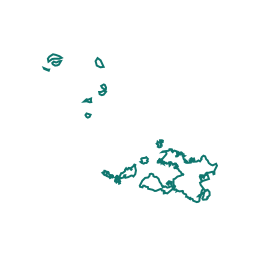 outline of Yeosu-si, South Jeolla, South Korea, rotated 110°
{"feature_id": "91817680B8944082307158", "entity_name": "Yeosu-si", "entity_type": "district", "adm_level": 2, "iso_a3": "KOR", "parent_name": "South Korea", "parent_adm1": "South Jeolla", "projection": "orthographic", "projection_center": [127.649, 34.449], "detail": "fine", "context": "isolated", "style": "outline", "palette": "teal", "viewbox_px": 256, "rotation_deg": 110, "n_neighbors": 0, "source": "geoboundaries", "source_scale": "gbopen_adm2", "svg_char_len": 5816}
<svg xmlns="http://www.w3.org/2000/svg" viewBox="0 0 256 256"><g transform="rotate(110 128 128)"><path d="M131.3,42.0L130.6,43.8L128.3,45.8L128.2,47.6L130.1,48.7L131.7,48.8L132.0,48.2L134.7,48.9L134.4,50.7L136.0,51.9L137.2,54.7L135.4,54.7L134.8,55.1L137.0,55.7L137.5,56.8L137.0,58.5L136.1,57.3L135.4,57.5L135.3,56.7L134.7,56.7L135.0,57.4L134.7,58.1L135.6,58.7L136.0,58.3L137.9,58.8L138.6,58.0L138.7,57.1L139.0,57.1L140.3,59.9L139.3,61.0L139.4,61.4L140.3,61.1L140.8,61.4L140.6,62.6L139.6,62.1L138.9,62.3L139.3,63.6L138.2,63.8L138.3,64.8L137.1,65.8L136.3,66.2L135.0,65.3L135.1,65.9L134.8,66.1L135.5,66.2L135.5,67.2L134.0,68.2L133.3,68.0L132.7,69.4L132.7,69.8L133.1,69.9L134.2,69.1L133.5,72.1L134.4,71.8L134.4,70.8L135.3,70.4L135.5,72.0L137.0,71.5L137.9,72.2L138.6,73.8L137.4,72.6L135.3,72.7L134.7,72.3L134.1,73.2L134.5,73.6L133.3,74.4L133.4,76.8L135.4,77.8L134.9,78.8L134.2,78.6L133.4,79.2L133.8,79.6L133.2,80.0L133.6,81.5L133.9,81.8L134.5,81.4L135.6,82.3L138.2,87.3L138.9,87.7L137.7,85.4L137.6,84.0L139.0,83.0L139.9,83.1L145.2,85.1L146.7,86.9L146.9,87.2L146.5,87.7L147.0,88.0L148.5,87.3L148.4,88.2L148.8,88.6L150.3,88.3L150.3,87.9L149.4,86.4L148.0,86.6L147.7,86.0L148.2,86.1L148.5,85.2L149.4,84.7L148.3,84.4L149.4,84.0L149.6,82.9L149.0,83.6L148.4,83.2L147.7,83.7L147.4,83.2L147.5,82.2L148.1,81.5L147.9,80.9L148.4,81.0L148.0,80.2L148.3,79.3L146.7,77.2L146.1,77.5L145.4,76.2L145.5,75.8L146.0,75.9L146.4,76.7L146.6,76.2L147.5,76.9L149.2,76.0L148.4,75.6L148.0,76.0L146.3,74.9L146.4,73.5L147.1,73.2L146.4,71.8L146.2,72.4L145.2,71.7L145.1,70.6L146.1,70.2L146.0,69.1L146.9,68.2L147.2,68.5L146.9,69.7L148.4,70.0L149.1,71.0L149.6,70.8L149.8,70.4L148.5,68.0L149.3,67.9L149.4,66.6L150.6,65.5L151.3,63.3L152.7,61.9L152.4,60.9L152.7,60.2L153.3,60.3L153.4,61.2L154.8,62.2L156.7,64.9L159.5,66.4L160.6,67.7L166.4,65.6L166.1,65.0L166.7,63.8L170.2,64.0L170.1,62.7L169.3,61.8L169.8,60.6L170.7,60.6L169.9,59.8L170.0,58.0L168.5,55.2L168.6,54.7L169.8,54.5L170.5,53.3L170.6,50.7L171.7,49.9L172.7,49.9L172.4,48.2L173.1,47.5L172.4,45.9L173.6,45.7L173.6,45.1L172.7,45.2L172.7,43.0L174.0,41.9L174.1,38.0L173.1,36.5L171.9,36.0L169.7,36.7L167.4,36.5L168.2,38.7L166.6,38.0L165.6,36.7L162.1,37.2L160.4,36.9L159.4,35.9L156.7,40.1L154.8,41.6L153.1,40.3L149.2,43.9L147.6,43.9L146.9,41.6L147.0,41.2L148.4,41.6L148.8,40.0L146.5,40.3L144.8,38.4L144.1,38.3L143.9,39.2L143.0,38.6L142.6,37.1L140.3,33.8L140.3,33.1L142.2,31.8L141.6,31.1L138.8,32.2L133.0,31.5L131.5,33.0L134.1,35.6L134.1,37.5L133.3,40.1L131.3,42.0ZM170.4,65.4L167.4,65.0L167.0,65.6L168.0,66.5L167.9,67.3L168.4,67.7L168.9,69.2L169.6,69.1L170.6,70.7L170.1,72.8L170.9,73.8L170.6,74.5L171.8,75.1L169.0,77.9L167.9,79.7L165.2,82.0L164.2,84.6L164.8,86.0L164.6,87.6L163.0,88.5L163.0,90.5L163.9,91.7L165.6,91.4L167.7,92.2L169.0,94.8L172.6,96.5L178.2,97.2L179.1,96.5L178.8,94.1L177.0,94.0L176.6,92.7L177.1,91.2L176.7,89.1L178.2,88.3L177.6,83.7L178.0,81.3L177.4,80.0L174.2,76.6L174.0,75.9L175.1,74.9L174.8,73.9L174.8,72.1L175.6,71.7L176.0,72.5L177.2,72.0L176.1,70.2L176.0,68.7L170.4,65.4ZM174.1,111.0L171.6,108.7L171.3,107.5L171.7,106.3L168.9,105.4L165.2,106.0L161.7,108.3L160.2,108.5L160.2,109.5L162.7,110.2L164.5,111.6L165.6,110.4L166.2,110.7L165.1,113.1L165.3,113.8L167.1,114.1L167.4,114.7L166.5,116.0L168.3,116.5L169.7,116.1L172.3,117.8L172.7,118.9L176.9,119.3L177.4,118.3L178.1,118.1L175.9,115.2L173.8,115.3L173.3,114.4L175.4,114.1L175.7,113.5L174.1,111.0ZM164.7,28.9L163.2,28.3L160.3,29.5L158.9,32.0L160.6,33.4L160.0,33.7L160.9,34.5L163.3,34.2L163.4,35.1L164.0,35.2L164.5,34.9L164.5,34.3L165.7,33.8L168.9,34.0L169.7,32.9L168.2,29.7L166.7,29.1L166.2,29.2L166.3,29.7L165.6,29.8L164.7,28.9ZM92.9,225.4L89.1,222.8L88.0,220.7L86.3,216.0L84.7,214.3L84.0,216.9L84.0,220.9L84.4,223.7L87.9,226.3L90.3,227.0L92.9,225.4ZM80.0,178.7L80.4,174.7L78.9,171.8L73.8,176.9L72.7,180.5L76.3,181.3L80.0,178.7ZM148.2,34.5L144.6,37.4L146.3,39.7L149.0,39.7L148.5,41.9L147.2,42.0L147.2,42.4L148.7,43.5L152.7,40.3L148.2,34.5ZM154.5,98.6L152.5,98.0L152.1,99.0L150.3,98.7L149.2,100.9L150.1,101.5L151.6,104.5L152.6,105.0L154.6,103.3L155.6,104.5L156.1,103.1L156.1,101.0L155.0,100.2L154.5,98.6ZM179.7,127.4L178.9,126.9L179.8,126.2L179.8,125.5L179.2,125.2L178.0,125.8L177.7,126.9L178.1,127.5L178.3,129.4L177.1,131.0L176.6,130.9L176.1,131.5L176.2,132.2L177.7,132.0L178.2,132.5L176.4,133.5L176.1,135.1L176.3,135.6L178.0,135.2L178.3,136.4L178.8,136.7L179.2,135.2L179.7,135.2L180.1,134.4L180.2,133.1L179.6,132.6L179.5,131.9L180.4,131.4L180.4,128.9L181.7,127.1L180.4,127.9L179.7,128.0L179.7,127.4ZM93.8,220.5L94.3,217.9L93.4,216.0L92.0,214.6L88.0,213.9L89.1,216.0L90.5,217.2L91.0,218.1L91.0,220.5L92.9,221.4L93.8,220.5ZM133.0,90.3L131.9,90.9L131.8,91.6L130.0,91.8L129.4,90.6L128.0,90.9L127.9,91.9L128.6,93.7L131.0,92.5L131.1,94.3L130.7,95.5L132.3,95.3L132.9,95.7L133.3,95.1L133.3,94.1L133.8,93.6L135.4,93.6L135.6,92.2L134.7,90.8L133.4,91.4L133.0,90.3ZM105.9,166.2L106.1,163.9L105.0,162.3L101.5,161.1L101.2,163.4L103.3,165.5L104.0,167.4L105.9,166.2ZM183.3,117.3L182.7,116.7L182.0,117.5L181.0,117.0L179.9,118.0L179.7,118.8L178.2,118.6L178.4,119.6L178.0,120.2L178.2,121.7L177.4,121.5L177.1,120.7L176.6,121.5L176.8,122.1L177.8,121.8L177.9,122.6L179.0,123.1L179.2,122.6L178.8,121.8L179.9,120.4L180.5,120.9L180.5,122.1L180.9,122.2L181.5,121.3L182.2,122.1L182.6,121.9L182.6,120.8L183.2,120.2L180.9,118.6L183.3,117.3ZM99.1,166.0L99.6,163.7L99.4,162.0L97.5,162.5L95.4,164.6L95.4,165.7L97.7,167.6L99.1,166.0ZM117.1,176.1L116.9,172.8L116.2,171.4L114.8,172.3L112.9,172.8L115.0,175.1L115.2,176.8L118.2,178.4L117.1,176.1ZM131.8,170.7L132.0,169.3L130.6,167.9L128.3,167.7L128.5,171.9L130.4,172.4L131.8,170.7ZM167.5,71.6L167.5,70.8L165.9,70.4L165.0,69.3L165.7,69.2L166.2,68.0L163.9,68.7L164.0,71.3L166.8,72.6L167.5,71.6ZM101.1,227.0L101.3,222.1L100.1,222.1L100.6,223.3L100.4,227.7L101.1,227.0Z" fill="none" stroke="#0f766e" stroke-width="2"/></g></svg>